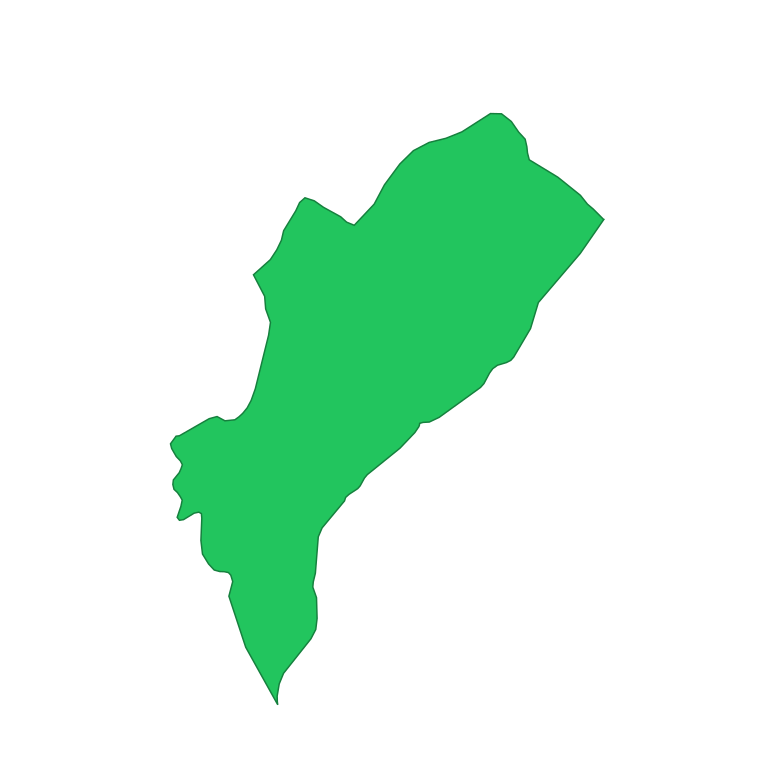 outline of Abyan, rotated 324°
{"feature_id": "YEM-3511", "entity_name": "Abyan", "entity_type": "Governorate", "adm_level": 1, "iso_a3": "YEM", "parent_name": "Yemen", "parent_adm1": "", "projection": "natural_earth1", "projection_center": [46.013, 13.619], "detail": "fine", "context": "isolated", "style": "filled", "palette": "green", "viewbox_px": 768, "rotation_deg": 324, "n_neighbors": 0, "source": "natural_earth", "source_scale": "10m", "svg_char_len": 1635}
<svg xmlns="http://www.w3.org/2000/svg" viewBox="0 0 768 768"><g transform="rotate(324 384 384)"><path d="M658.5,380.1L619.6,393.7L556.8,408.8L535.1,425.3L504.7,438.5L500.5,439.4L495.6,438.6L486.8,435.5L481.0,435.5L475.8,437.2L465.1,442.4L460.1,443.5L409.0,443.4L398.3,441.4L393.0,438.0L389.7,436.8L388.2,438.3L387.1,439.0L380.5,441.4L359.3,445.3L317.2,447.5L312.9,448.6L304.8,452.4L301.2,453.2L290.8,452.7L286.3,453.2L283.3,455.4L249.4,464.0L241.0,469.0L217.3,496.7L210.5,502.5L207.0,506.5L203.8,517.2L192.1,534.3L184.5,542.5L175.1,547.2L132.7,559.0L123.0,565.0L114.1,573.7L110.8,578.6L109.5,581.1L117.4,515.7L133.8,464.5L145.5,454.9L147.7,448.6L147.3,445.1L144.4,441.9L140.9,439.2L137.3,434.7L136.3,426.5L137.2,414.9L143.9,403.0L157.7,385.5L160.1,381.5L158.8,378.8L154.5,376.9L142.1,375.9L138.4,374.0L138.3,370.3L147.8,363.6L152.5,359.3L153.0,355.2L153.1,350.4L152.2,345.8L154.1,341.2L157.2,337.8L166.2,335.4L170.0,333.2L173.4,330.8L174.1,326.5L173.3,320.6L174.3,311.4L176.1,306.9L185.1,304.0L188.0,305.6L222.2,309.3L229.8,312.2L233.7,320.3L242.3,325.3L247.4,325.3L252.4,324.7L259.3,322.9L266.9,319.2L277.0,312.3L319.3,276.7L328.4,267.4L332.4,253.7L339.0,242.9L342.6,218.9L365.1,216.6L376.2,212.4L385.5,207.4L392.9,201.0L414.5,192.0L422.4,187.6L429.5,186.9L435.3,194.9L438.9,205.5L447.3,223.4L448.9,231.1L453.2,238.1L481.8,232.7L501.5,223.1L526.2,215.3L545.0,212.5L562.5,215.1L578.5,221.6L595.2,225.8L629.1,227.8L637.9,234.5L641.3,246.5L641.0,259.4L642.1,268.9L639.0,276.1L635.9,281.4L633.3,288.0L646.2,318.9L653.8,346.8L654.3,358.1L656.1,365.4L658.4,380.0L658.5,380.1Z" fill="#22c55e" stroke="#15803d" stroke-width="1.5"/></g></svg>